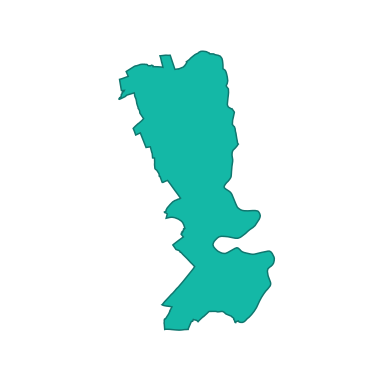 Bogata, Mures, Romania, rotated 326°
{"feature_id": "2599482B98155528688237", "entity_name": "Bogata", "entity_type": "district", "adm_level": 2, "iso_a3": "ROU", "parent_name": "Romania", "parent_adm1": "Mures", "projection": "albers", "projection_center": [24.128, 46.48], "detail": "fine", "context": "isolated", "style": "filled", "palette": "teal", "viewbox_px": 384, "rotation_deg": 326, "n_neighbors": 0, "source": "geoboundaries", "source_scale": "gbopen_adm2", "svg_char_len": 6007}
<svg xmlns="http://www.w3.org/2000/svg" viewBox="0 0 384 384"><g transform="rotate(326 192 192)"><path d="M214.9,297.7L216.2,297.7L218.2,297.3L219.9,296.5L221.7,294.9L223.1,293.1L223.6,291.8L224.1,287.9L224.0,286.2L223.6,285.1L223.0,284.2L221.9,283.5L216.1,281.1L209.1,278.5L207.6,277.7L206.1,276.4L202.7,272.8L201.2,271.1L200.3,269.7L199.8,268.6L199.5,266.7L199.0,264.6L198.5,263.8L198.0,263.3L196.2,262.8L187.6,262.1L185.3,261.6L184.7,261.2L183.8,260.5L182.7,259.5L181.5,257.7L180.3,255.4L179.9,253.9L179.5,251.9L179.3,249.5L179.9,247.4L181.0,246.4L182.6,245.4L184.8,244.8L187.5,244.3L189.4,244.3L191.5,245.1L193.6,246.6L196.7,249.1L201.9,254.4L203.1,255.3L204.2,256.0L206.2,256.5L208.0,256.6L213.3,256.3L216.2,255.8L218.9,255.5L222.7,255.5L225.5,255.1L232.6,252.1L234.2,251.0L235.0,250.2L235.5,249.5L236.1,247.5L236.1,246.3L236.1,245.3L235.8,244.5L235.3,244.0L234.1,242.8L231.9,241.3L227.8,238.9L224.9,236.8L223.4,235.4L222.5,234.1L221.9,232.9L221.2,230.7L221.1,229.7L221.7,226.1L223.3,218.4L223.7,216.5L223.8,215.1L223.7,213.7L223.3,212.3L221.6,208.3L221.2,206.6L221.4,206.0L221.6,205.6L222.0,205.2L222.9,204.7L224.6,204.0L226.0,203.6L228.2,203.2L230.4,202.5L232.2,201.7L233.2,200.9L234.6,199.2L236.2,197.1L239.5,193.0L242.8,189.4L243.8,188.0L245.3,184.8L245.8,183.8L247.3,181.8L248.3,181.0L249.4,180.3L252.7,179.7L255.4,178.9L256.7,178.3L257.2,178.2L257.1,177.0L258.1,174.9L259.1,172.5L261.3,167.8L261.9,166.0L263.1,163.7L263.4,162.5L263.6,161.8L263.6,161.4L263.4,160.8L263.3,159.9L263.3,158.3L263.6,158.1L265.9,155.1L268.2,153.0L271.7,149.6L271.8,149.0L271.7,145.3L271.2,145.1L269.9,142.5L269.7,141.9L269.7,141.4L269.7,140.9L270.2,139.2L274.0,134.6L276.1,132.2L277.9,130.0L279.0,128.2L279.8,126.9L279.6,123.9L279.7,123.3L279.8,123.0L281.8,121.8L282.5,121.1L283.8,119.8L285.5,116.5L286.3,114.5L286.9,112.9L287.2,111.9L287.5,110.6L287.5,109.7L287.4,109.0L286.6,107.2L288.7,104.0L289.9,101.8L290.8,100.0L291.5,98.0L291.4,95.3L290.0,93.1L289.5,92.7L287.8,90.9L287.4,90.0L287.0,89.5L284.2,87.5L283.8,87.1L283.9,86.7L284.0,86.6L284.0,86.3L283.5,85.8L283.4,85.5L282.4,83.8L282.0,83.3L279.8,81.4L278.3,80.5L278.0,80.3L277.1,80.3L276.4,80.0L275.1,80.2L273.8,80.2L273.2,80.0L271.3,79.8L268.4,80.0L265.4,80.3L264.7,80.5L264.2,80.7L262.4,80.8L260.1,80.9L260.1,81.4L260.1,81.7L260.1,81.8L259.8,81.9L259.3,82.1L259.0,82.3L256.8,83.1L256.6,83.3L256.3,83.2L255.3,83.4L255.0,83.6L249.6,82.5L249.6,82.3L246.4,80.8L250.4,66.4L248.7,65.4L247.3,64.3L246.4,63.7L242.9,61.9L241.6,61.2L241.1,63.1L239.2,68.0L239.3,68.1L237.6,72.4L236.4,71.2L234.0,69.3L232.1,67.9L229.8,66.3L230.3,65.4L229.4,64.3L229.1,64.2L228.1,64.1L226.5,62.9L226.2,62.5L226.1,62.3L226.1,61.6L226.1,61.3L225.7,60.8L224.6,60.1L224.4,59.8L224.1,59.5L223.7,59.4L222.9,58.7L221.7,58.0L220.3,57.3L219.9,57.3L217.8,56.7L216.7,56.4L215.5,55.8L214.4,55.6L204.8,55.3L204.4,57.4L203.8,60.5L197.0,58.8L194.9,58.1L190.2,68.4L191.5,69.3L192.7,69.9L191.5,70.5L191.3,70.6L190.5,70.2L190.1,70.2L189.8,70.4L189.5,70.9L189.1,71.4L188.1,71.5L186.5,73.4L185.8,73.3L185.4,73.8L184.7,73.4L184.3,73.7L183.9,73.7L183.4,74.1L183.6,74.5L184.8,74.8L187.7,75.2L189.8,75.5L190.5,75.5L191.3,75.3L192.4,75.3L199.5,77.5L199.1,78.7L198.4,79.9L198.1,80.8L197.5,83.7L197.3,84.2L196.7,85.7L196.0,87.2L195.7,87.8L195.2,89.5L194.6,91.7L194.1,92.7L194.1,93.0L194.2,93.3L194.1,94.5L193.9,95.4L192.9,97.5L192.9,98.3L192.9,104.1L191.4,104.5L190.0,104.8L185.8,105.3L185.6,105.2L181.6,105.8L178.8,106.4L178.2,109.4L177.2,113.3L182.2,114.1L178.8,129.4L182.7,131.2L180.9,136.4L180.5,137.9L178.4,141.7L179.9,142.9L177.5,146.7L176.5,148.0L176.0,148.8L174.6,151.4L174.4,151.9L174.4,152.7L174.8,153.7L175.0,154.5L174.9,155.6L174.9,157.4L174.8,158.5L174.3,159.6L173.7,160.5L173.7,160.8L173.9,161.0L174.2,161.2L173.4,164.3L173.0,165.9L172.8,166.8L172.7,167.2L172.7,167.4L173.3,167.8L176.0,168.2L178.2,168.7L178.4,171.3L178.5,174.7L178.7,181.2L178.9,185.9L179.0,190.0L179.1,190.7L178.4,190.8L177.3,190.5L176.2,190.1L174.4,189.9L173.1,189.5L170.5,189.4L167.0,190.1L162.7,191.3L160.7,192.3L160.3,192.7L160.2,193.0L159.8,193.3L157.9,193.2L157.9,193.9L158.4,194.2L158.9,195.5L159.2,196.4L155.9,199.3L159.5,200.7L161.3,201.7L162.6,202.9L163.4,203.7L165.6,206.9L166.9,210.1L167.2,212.1L166.7,215.2L165.7,218.2L164.6,217.9L164.5,218.5L163.4,218.7L163.1,219.4L161.8,219.3L161.8,219.7L161.4,219.8L161.4,220.2L160.1,220.2L160.0,220.9L159.4,221.0L159.7,224.4L155.3,224.6L154.8,224.6L152.8,224.7L148.3,225.0L147.1,225.1L146.5,225.2L146.6,230.7L148.0,232.6L148.7,233.7L148.8,234.8L148.6,234.9L149.0,235.7L148.9,235.8L149.2,236.2L149.5,238.6L150.6,244.0L151.5,249.8L151.9,251.6L152.5,255.3L151.0,256.0L149.0,256.7L134.1,261.3L130.4,262.3L127.7,263.1L125.4,263.5L123.5,264.0L123.0,264.2L119.0,265.2L117.8,265.3L113.8,266.3L108.0,267.6L104.4,268.7L104.1,268.7L104.5,269.5L105.3,270.5L107.0,272.2L109.1,274.0L110.0,274.8L111.1,276.0L107.1,278.2L107.2,278.4L104.3,280.1L99.6,282.1L98.5,282.3L98.2,282.0L97.3,282.7L96.8,283.6L95.5,285.2L95.2,285.9L92.5,290.7L93.5,291.1L96.5,293.2L98.4,294.8L101.6,297.4L104.1,299.3L106.1,300.5L108.7,301.8L112.0,303.8L112.4,303.3L118.7,299.2L119.1,299.1L119.4,299.1L119.9,299.4L120.3,299.5L121.8,298.4L122.6,299.4L123.9,300.8L124.3,301.7L124.5,302.9L126.1,302.5L127.7,302.2L131.5,301.6L131.7,301.8L136.9,301.0L138.9,300.6L139.5,300.7L142.0,302.3L144.8,304.2L145.2,304.5L145.5,304.9L146.0,305.5L146.5,305.9L148.0,306.7L149.5,307.4L150.7,308.3L151.3,309.5L151.9,312.0L152.0,312.2L155.2,317.0L155.2,317.6L155.8,319.4L155.9,320.2L155.4,320.9L155.4,322.0L155.3,322.7L155.0,323.2L154.8,324.2L154.9,324.4L155.2,324.7L155.4,324.5L155.8,324.1L156.3,324.3L156.9,324.4L157.1,324.5L158.3,324.8L158.3,325.9L158.9,326.8L159.7,327.5L160.9,328.3L161.6,328.5L163.1,328.7L165.4,328.3L166.8,327.9L169.3,327.7L172.9,326.9L176.9,325.6L180.8,323.9L187.1,320.1L190.7,318.2L194.9,316.4L198.1,315.3L200.4,314.8L202.9,314.0L204.4,313.5L205.4,312.7L206.1,311.8L206.6,310.7L208.0,304.9L208.4,303.6L209.8,300.6L210.3,299.7L211.9,298.2L213.1,297.9L214.9,297.7Z" fill="#14b8a6" stroke="#0f766e" stroke-width="1.5"/></g></svg>